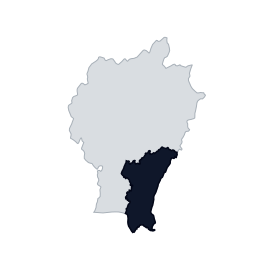 Brest highlighted on a map of Belarus, rotated 288°
{"feature_id": "BLR-2338", "entity_name": "Brest", "entity_type": "Region", "adm_level": 1, "iso_a3": "BLR", "parent_name": "Belarus", "parent_adm1": "", "projection": "robinson", "projection_center": [25.618, 52.455], "detail": "fine", "context": "in_parent", "style": "filled", "palette": "ink", "viewbox_px": 256, "rotation_deg": 288, "n_neighbors": 0, "source": "natural_earth", "source_scale": "10m", "svg_char_len": 8759}
<svg xmlns="http://www.w3.org/2000/svg" viewBox="0 0 256 256"><g transform="rotate(288 128 128)"><path d="M207.7,169.6L203.8,169.4L199.1,169.5L196.5,170.9L193.6,170.2L191.6,171.0L187.0,175.0L185.3,177.1L183.7,180.4L182.7,182.8L183.3,184.5L184.2,186.1L184.5,187.8L184.9,189.1L183.8,190.1L183.2,191.5L181.2,191.2L178.7,189.9L178.2,188.0L176.3,186.6L175.0,185.9L173.0,185.8L169.8,186.4L165.6,186.9L162.5,187.1L160.7,187.7L158.2,188.4L157.2,187.6L155.7,185.4L154.5,183.2L153.7,182.3L153.0,182.0L152.1,182.1L151.2,182.7L150.4,183.5L147.8,184.3L146.6,185.1L145.4,187.1L144.5,186.9L143.7,186.5L142.6,184.2L141.2,183.7L139.0,183.7L136.2,183.2L134.0,182.5L133.1,182.7L131.8,183.6L130.4,183.8L127.2,182.9L126.6,183.3L124.8,185.8L124.0,185.9L123.5,185.6L123.7,183.4L121.9,182.7L118.8,182.6L116.6,182.9L115.6,182.8L115.0,182.4L112.3,178.7L110.9,178.5L108.4,178.7L104.7,178.3L100.4,177.4L98.1,177.1L96.8,176.3L94.2,176.0L87.1,174.5L84.2,174.2L80.0,174.2L73.5,173.9L69.4,174.1L67.4,174.6L65.2,174.9L57.5,175.3L54.8,175.7L54.0,176.5L53.1,178.1L49.9,181.0L46.8,182.9L46.2,183.1L44.4,182.1L42.9,181.7L41.2,181.6L39.9,182.0L39.1,182.4L39.2,184.7L39.0,184.9L37.7,182.2L37.8,179.8L38.6,178.5L39.5,177.2L39.2,175.4L40.1,173.0L40.2,171.2L39.8,170.4L39.0,169.5L37.1,168.6L36.2,167.8L33.5,166.8L30.8,165.5L30.4,164.7L30.5,164.2L31.0,163.4L33.1,161.0L35.3,158.7L36.8,157.8L44.3,154.9L45.5,153.8L45.8,152.1L45.7,148.6L45.3,145.3L44.7,143.1L43.3,139.0L39.5,130.4L37.3,121.5L38.8,122.0L42.4,122.2L45.2,121.6L46.7,121.5L48.0,121.7L51.7,121.2L52.6,122.0L54.3,122.7L57.6,121.7L60.5,120.4L63.5,120.5L63.9,119.9L64.7,116.8L65.6,116.1L69.1,116.4L70.5,115.8L71.9,114.3L74.0,113.3L75.7,113.3L77.6,112.2L78.5,112.9L78.9,114.2L78.3,115.3L78.6,115.7L79.9,116.2L82.0,116.2L83.4,115.8L83.8,115.2L83.8,114.1L83.4,113.1L82.5,112.2L80.7,111.8L79.5,111.7L79.3,111.2L79.7,110.0L80.8,107.8L82.1,105.9L82.9,105.1L83.1,104.4L82.9,103.2L82.9,101.1L84.1,98.1L85.6,95.8L87.8,95.1L90.4,94.7L92.0,93.6L92.8,92.4L93.5,90.5L94.4,90.1L100.6,90.4L101.5,88.5L102.1,88.0L103.3,87.4L104.1,86.7L103.8,86.2L102.2,85.9L98.4,85.6L97.7,85.0L97.9,84.2L98.9,82.3L99.8,79.8L100.3,77.8L100.4,76.7L100.9,76.4L103.9,76.0L104.9,75.6L107.5,73.0L109.5,72.5L114.7,73.2L117.0,73.2L120.0,73.4L120.3,73.1L121.3,70.5L126.3,66.3L129.0,64.8L130.7,64.5L131.3,64.6L134.1,66.8L134.7,66.9L136.5,66.0L139.7,65.9L141.2,66.7L143.3,69.4L144.4,69.7L147.4,68.2L149.1,67.7L150.2,67.7L156.0,69.8L156.4,70.5L156.5,71.3L155.7,73.7L156.9,75.2L158.3,76.3L161.2,74.6L162.3,74.1L163.5,74.1L165.1,73.4L166.2,72.5L167.3,72.2L169.5,72.4L173.3,72.2L177.8,73.7L178.2,74.1L180.5,75.9L181.3,76.7L182.0,77.0L183.3,77.9L184.9,78.4L186.0,78.2L186.5,78.5L187.0,79.2L187.1,80.3L187.1,83.6L185.5,85.3L185.3,85.9L185.4,86.6L186.8,88.0L188.5,90.2L188.9,91.5L188.9,92.4L186.8,95.3L186.1,95.9L185.6,97.3L185.4,98.8L185.6,99.4L189.4,101.7L192.2,102.9L192.8,103.5L192.9,103.9L191.5,106.3L191.4,107.0L193.7,108.0L194.9,109.6L196.1,112.2L198.3,114.8L206.4,118.4L207.1,119.1L207.3,119.9L207.2,121.6L205.8,124.8L207.2,125.3L210.7,125.2L215.0,125.6L220.1,127.9L220.2,129.0L219.7,129.9L220.1,130.9L220.7,131.7L225.2,134.3L225.7,135.1L225.8,136.3L225.7,137.3L224.5,137.5L223.2,137.9L221.0,139.0L220.2,140.6L216.7,142.7L214.5,143.7L212.7,143.7L208.5,143.3L207.0,142.2L206.3,141.2L204.7,140.8L202.5,140.8L199.5,140.9L198.9,141.2L198.5,142.4L197.3,144.5L196.4,145.6L200.4,149.7L202.3,151.3L203.0,152.4L203.0,153.1L202.1,154.0L202.3,155.7L204.2,157.9L203.6,158.3L203.5,161.1L203.6,164.1L204.2,164.8L205.2,165.4L206.1,166.5L207.6,169.0L207.7,169.6Z" fill="#d9dde1" stroke="#a8b0b8" stroke-width="1"/><path d="M82.1,174.4L75.3,174.3L71.8,173.6L70.8,173.6L69.9,173.8L68.0,174.6L62.2,175.3L61.8,175.3L60.5,175.1L55.4,175.4L54.9,175.5L54.5,175.9L53.7,176.8L53.4,177.3L52.9,179.0L52.3,179.6L49.9,180.9L46.8,183.1L46.0,183.2L45.4,182.8L44.8,182.2L44.0,181.9L43.5,181.9L42.0,181.6L41.6,181.5L39.5,182.0L39.3,182.1L39.1,182.2L38.8,182.6L38.8,182.8L39.5,184.3L39.5,184.5L39.4,184.9L39.2,185.0L39.0,184.9L39.0,184.5L38.3,184.3L38.1,183.9L38.4,183.9L37.9,183.3L37.8,182.9L37.7,182.5L37.8,181.8L37.8,181.6L37.5,181.4L37.5,181.2L37.9,181.1L38.1,180.8L37.9,180.5L37.8,180.4L38.1,180.2L37.9,179.7L38.0,179.1L38.2,178.7L38.5,178.4L38.9,178.1L39.4,177.8L39.6,177.2L39.2,176.8L38.9,176.3L39.1,176.1L39.2,175.6L39.5,175.5L39.4,175.3L39.5,175.0L39.5,174.1L39.6,173.7L40.0,172.9L40.3,172.6L40.6,172.4L40.4,172.0L40.1,171.0L40.0,170.6L39.9,170.3L39.9,170.0L39.4,169.8L39.1,169.2L38.7,169.1L37.7,169.1L37.3,169.0L36.7,168.1L36.8,168.0L36.9,167.7L36.4,167.8L36.1,167.5L36.0,167.4L35.7,167.6L35.4,167.5L35.1,167.4L34.8,167.5L34.8,167.4L34.9,167.2L34.5,167.0L33.2,166.6L32.9,166.4L32.6,166.5L31.1,166.2L30.7,165.9L30.8,165.5L30.8,165.1L30.6,164.9L30.2,164.7L31.2,163.1L31.6,162.7L32.4,161.9L34.9,158.9L36.8,157.7L38.6,156.9L42.1,156.1L44.8,154.7L45.6,153.9L45.9,152.8L45.9,152.0L46.3,152.0L49.0,152.1L49.4,152.0L50.0,151.6L50.5,151.3L50.9,151.4L51.2,151.8L51.6,151.9L52.7,152.0L53.7,151.8L53.8,151.9L53.9,152.1L54.0,152.2L54.5,152.0L55.0,151.9L55.5,152.0L56.4,152.5L56.7,152.7L57.1,152.8L57.7,152.9L58.2,152.9L58.6,152.8L58.9,152.7L59.0,152.5L59.0,152.4L58.9,152.0L58.7,151.6L58.6,151.4L59.0,150.7L59.5,150.4L59.6,150.2L59.2,149.7L59.9,149.0L60.8,148.6L61.0,148.4L61.0,148.2L60.9,148.1L60.1,148.0L60.0,147.9L60.2,147.7L61.2,147.2L61.6,147.1L62.9,147.6L64.0,147.8L64.7,147.8L65.0,147.7L65.4,147.1L65.6,147.0L65.7,146.9L65.9,146.9L66.6,147.1L67.0,147.3L67.2,147.7L67.3,148.1L67.2,148.6L67.3,148.7L68.2,149.0L68.4,149.0L68.6,148.9L68.9,148.5L69.1,148.3L69.3,148.3L69.4,148.5L69.1,149.3L69.1,149.5L69.2,149.8L69.2,150.2L69.2,150.3L69.4,150.4L69.6,150.4L69.8,150.4L70.1,150.3L70.9,150.0L71.1,150.0L71.7,150.1L72.0,150.1L72.5,149.7L73.2,149.6L73.4,149.6L73.5,149.9L73.5,150.0L73.8,150.1L74.4,150.3L74.7,150.2L74.9,150.1L75.0,149.9L74.9,149.7L74.5,149.6L74.4,149.4L74.4,149.2L74.6,148.9L74.6,148.7L74.3,148.5L74.2,148.3L74.2,148.1L74.3,147.9L74.6,147.7L74.8,147.7L75.1,147.8L75.6,147.8L76.4,147.6L76.6,147.3L76.6,147.2L77.1,146.6L77.6,146.1L77.8,145.9L78.9,145.4L79.1,145.2L79.6,144.1L80.2,143.1L80.4,142.6L80.4,142.3L80.2,142.0L79.9,141.8L79.4,141.7L79.2,141.5L79.2,141.4L79.4,141.2L80.2,140.7L80.4,140.5L80.4,140.3L80.4,140.2L79.9,139.9L79.8,139.7L79.9,139.2L80.1,139.0L80.2,138.9L80.8,138.9L81.1,138.7L81.3,137.6L81.4,137.4L82.0,136.6L82.2,136.2L82.5,135.9L82.9,135.7L83.6,135.8L84.4,135.7L84.7,135.8L84.9,135.9L85.1,135.9L85.6,135.9L86.0,135.9L86.3,136.1L86.5,136.2L89.4,136.4L89.8,136.3L90.3,136.3L91.4,136.5L93.1,136.6L93.6,136.7L94.2,136.9L94.7,136.8L96.3,136.5L96.2,137.7L96.3,137.9L96.6,138.3L96.7,138.5L96.7,139.1L96.7,139.3L96.6,139.5L96.4,139.5L95.4,139.6L95.1,139.8L94.6,140.2L94.3,140.6L94.1,141.0L94.2,141.4L94.5,141.5L94.8,141.6L95.2,141.5L95.3,141.5L95.4,142.0L95.8,142.2L95.9,142.7L96.0,142.9L96.4,143.0L97.8,143.0L98.1,143.1L98.8,143.7L99.2,144.4L99.2,144.6L99.1,144.8L98.8,144.8L98.0,144.7L97.7,144.7L97.4,144.9L97.1,145.2L96.7,146.0L96.3,146.2L96.2,146.3L96.3,146.6L96.5,146.9L97.4,148.1L97.5,148.6L97.7,149.0L97.0,149.5L97.0,149.9L97.6,150.5L97.8,150.6L98.0,150.6L98.3,150.2L98.6,150.1L99.4,150.0L99.5,149.9L99.7,149.3L99.8,149.2L100.5,149.0L101.3,149.4L101.8,149.6L101.9,149.8L102.0,150.3L102.4,150.5L102.8,150.5L103.4,150.3L103.5,150.3L103.8,150.5L104.3,151.3L104.9,151.9L105.0,152.0L107.1,152.5L108.1,152.9L108.4,152.8L108.8,152.4L109.7,152.8L109.7,153.1L109.6,153.3L109.6,153.6L110.3,154.4L110.5,154.5L111.3,154.7L112.4,154.7L112.6,154.8L113.1,155.4L113.1,155.5L113.1,155.9L113.0,156.2L112.8,156.3L110.3,156.4L110.1,156.6L110.0,157.0L110.4,157.5L110.5,157.6L110.5,157.8L110.4,157.9L110.1,158.2L110.2,158.3L110.4,158.6L111.3,159.4L112.2,159.9L112.3,160.0L112.4,160.4L112.4,160.6L112.3,160.9L111.9,161.2L111.9,161.3L112.2,161.5L114.8,162.8L115.0,163.0L115.0,163.4L115.2,163.6L115.3,163.7L115.4,163.8L116.5,163.8L116.9,164.0L117.2,164.6L117.4,164.9L118.0,165.1L120.1,166.0L120.4,166.3L120.4,166.6L120.4,166.9L120.1,167.2L120.0,167.4L120.1,168.0L120.1,168.7L120.2,170.5L120.3,170.7L121.0,171.2L121.5,171.6L121.7,171.8L121.7,172.0L121.6,172.3L121.4,172.5L120.2,173.8L120.2,174.0L120.3,174.5L120.4,174.9L120.2,175.3L120.1,175.8L119.8,176.2L119.8,176.3L120.0,176.6L120.8,177.2L120.9,177.3L121.0,177.7L120.9,178.5L120.9,178.8L120.7,179.2L120.5,179.5L120.1,179.5L119.9,180.0L120.0,182.1L119.3,182.1L118.9,182.3L118.4,182.8L117.9,182.9L117.5,183.0L116.2,182.8L115.4,183.0L115.0,183.0L114.7,182.8L114.8,182.4L115.1,181.8L115.2,181.4L114.5,181.3L114.0,181.3L113.6,181.3L113.3,181.1L113.2,180.5L113.2,179.8L113.2,179.3L113.1,178.9L112.5,178.6L111.7,178.5L109.8,178.4L107.7,179.0L106.4,178.8L102.5,177.4L97.9,177.3L97.6,177.2L97.4,176.9L97.3,176.7L97.4,176.4L97.1,176.2L92.3,176.0L91.7,175.8L90.3,174.8L89.7,174.7L88.3,174.8L83.9,174.1L82.1,174.4Z" fill="#0f172a" stroke="#020617" stroke-width="1.5"/></g></svg>